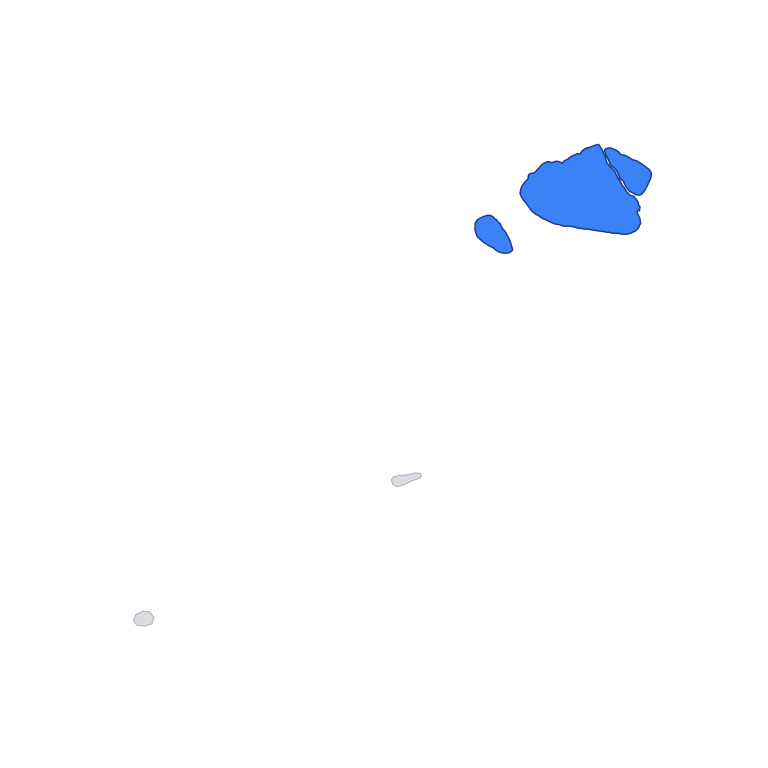 South Maalhosmadulu, Maldives (highlighted), rotated 57°
{"feature_id": "70690204B34947259557359", "entity_name": "South Maalhosmadulu", "entity_type": "district", "adm_level": 2, "iso_a3": "MDV", "parent_name": "Maldives", "parent_adm1": "", "projection": "natural_earth1", "projection_center": [72.971, 5.094], "detail": "fine", "context": "in_parent", "style": "filled", "palette": "blue", "viewbox_px": 768, "rotation_deg": 57, "n_neighbors": 0, "source": "geoboundaries", "source_scale": "gbopen_adm2", "svg_char_len": 5344}
<svg xmlns="http://www.w3.org/2000/svg" viewBox="0 0 768 768"><g transform="rotate(57 384 384)"><path d="M477.7,428.4L473.0,431.3L468.5,430.1L467.0,426.4L469.2,420.9L472.9,413.9L475.5,406.3L479.2,402.1L482.1,403.5L481.8,407.8L480.4,413.7L479.5,421.3L477.7,428.4ZM451.7,722.7L445.9,723.2L442.3,717.8L443.1,710.0L447.6,704.5L454.7,704.2L458.8,709.1L456.7,716.7L451.7,722.7Z" fill="#d9dde1" stroke="#a8b0b8" stroke-width="1"/><path d="M392.0,94.3L392.2,92.7L392.6,90.0L392.2,87.3L391.7,85.6L391.1,84.5L390.1,83.5L389.6,82.1L388.7,81.1L387.2,80.4L386.0,79.9L384.4,79.2L382.6,79.0L381.2,78.8L379.7,78.7L378.3,78.4L377.4,77.6L376.9,76.5L377.4,75.7L377.8,75.2L377.1,74.6L376.1,74.3L375.7,73.5L374.4,72.7L373.2,72.9L372.5,73.2L371.2,72.3L369.4,71.8L367.0,71.9L365.7,71.9L363.7,72.3L362.7,72.3L361.7,73.2L360.7,74.1L359.5,74.8L358.6,75.1L356.3,75.6L354.3,75.7L353.4,75.7L351.2,75.8L349.7,75.6L348.0,75.9L346.6,76.0L345.0,75.7L343.5,75.6L341.5,75.5L340.0,75.5L338.6,75.6L337.1,75.6L335.8,75.2L333.8,75.1L331.9,74.7L330.5,74.7L329.0,75.0L327.2,75.5L325.9,75.8L324.1,76.2L322.5,76.3L321.3,76.5L319.6,76.5L318.3,76.1L316.8,75.7L315.4,75.1L313.9,74.8L312.7,74.4L311.4,74.5L310.8,74.2L309.5,74.1L308.5,73.8L307.9,73.7L306.6,73.6L305.0,73.5L304.0,73.5L303.0,73.5L302.0,73.5L301.3,73.4L300.7,73.4L299.9,73.7L299.8,73.9L299.2,75.6L298.7,77.0L298.4,78.2L298.2,79.2L298.0,80.7L297.6,81.9L297.4,82.8L297.1,83.8L296.6,85.1L296.3,86.4L296.2,87.4L296.2,88.4L296.3,89.8L296.5,91.1L296.9,92.1L297.2,92.9L297.5,93.5L297.7,94.4L297.0,95.3L296.6,95.9L296.0,96.9L295.8,98.1L295.2,102.1L295.1,102.8L295.2,104.8L295.3,106.2L295.5,107.4L295.4,108.4L295.2,109.7L295.1,110.7L295.1,112.0L295.5,113.1L295.8,113.7L295.8,113.9L295.4,114.6L294.8,114.9L293.8,115.5L292.5,116.4L291.2,118.0L290.6,119.1L290.2,120.8L290.0,122.3L289.3,123.3L288.1,124.1L287.3,124.7L286.5,126.0L286.3,127.4L286.0,129.2L285.9,130.4L285.9,131.4L286.2,132.6L286.5,134.2L286.9,135.4L287.4,137.0L287.6,138.4L288.0,139.9L288.4,140.8L288.6,141.8L288.6,143.0L288.2,144.5L287.8,145.1L287.3,146.2L287.1,147.6L287.4,148.7L288.4,149.9L289.6,150.6L290.1,150.7L290.4,152.0L290.9,153.8L291.3,155.1L291.5,156.2L291.9,157.4L292.6,159.4L293.2,160.6L294.0,161.6L294.9,162.9L295.6,163.6L296.9,164.8L297.9,165.9L299.0,166.3L300.4,166.6L301.8,166.8L302.9,166.8L303.8,166.8L305.1,166.9L305.8,166.8L307.2,166.7L308.0,166.5L309.1,166.4L309.7,166.3L310.6,166.3L311.5,166.3L313.9,166.2L314.8,166.0L315.9,166.0L317.6,166.1L319.9,165.7L320.9,165.5L321.7,164.9L322.9,164.6L323.9,164.5L325.2,163.8L326.4,163.0L327.7,162.4L329.0,162.0L330.5,161.3L331.9,160.7L333.2,159.6L334.6,158.7L337.2,157.2L338.6,156.4L340.3,155.2L342.1,154.0L343.5,152.8L344.7,151.5L345.7,150.2L347.2,149.1L348.7,148.1L349.7,147.1L351.2,144.5L352.7,142.5L353.8,141.2L355.0,140.0L355.9,139.0L357.2,137.8L358.4,136.9L359.7,135.6L361.2,133.6L362.4,132.4L363.4,131.2L364.3,129.7L365.5,128.2L366.7,127.0L367.7,126.0L368.6,125.1L370.2,123.1L371.1,122.3L372.1,121.2L372.9,120.3L373.9,118.9L374.7,117.9L375.4,117.2L376.5,116.0L377.7,114.9L379.0,113.0L380.3,111.8L381.3,110.9L382.5,109.6L383.5,107.9L384.5,106.7L384.8,105.7L385.7,104.9L386.5,104.5L387.8,102.9L389.1,101.3L389.9,100.0L390.7,98.5L391.3,96.7L391.7,95.7L392.0,94.3ZM365.2,64.7L365.0,63.9L364.7,63.1L364.3,61.7L363.8,60.3L363.3,59.3L362.8,58.1L362.1,57.0L361.4,55.7L360.8,54.6L360.1,53.6L359.6,52.9L358.7,51.5L358.0,50.2L357.5,49.5L357.1,48.8L356.2,47.7L355.7,47.3L354.7,46.4L354.0,45.7L353.1,45.1L351.6,44.8L350.2,44.8L348.6,44.8L347.2,45.2L345.3,46.0L343.5,46.8L341.6,47.3L340.2,48.0L338.8,48.5L337.5,49.2L335.7,49.9L334.7,50.5L332.7,52.1L331.3,53.4L330.3,53.8L328.9,54.5L328.0,54.9L327.1,55.3L326.3,55.9L325.3,56.2L324.2,56.9L323.0,57.9L322.2,58.7L321.5,59.5L320.6,60.2L319.8,60.6L318.6,60.7L317.6,60.9L316.6,61.1L315.6,61.4L314.6,61.9L313.9,62.3L312.3,63.5L311.4,64.1L310.2,64.8L309.4,65.7L308.7,66.6L308.2,67.4L308.0,68.3L307.9,68.9L307.7,69.5L307.6,70.0L307.7,70.8L308.1,71.5L308.8,72.1L309.3,72.3L310.1,72.5L311.2,72.6L312.5,73.0L313.5,73.2L315.1,73.3L317.0,73.6L318.8,73.7L320.6,74.1L322.2,74.5L323.4,74.5L325.5,74.2L326.8,73.7L327.8,73.2L330.0,72.9L330.9,72.7L333.1,72.9L334.4,73.0L336.1,73.3L338.2,73.6L339.2,73.9L340.2,74.0L340.9,74.0L341.6,73.8L342.5,73.4L343.4,73.0L344.3,72.9L345.4,73.0L346.4,73.2L347.6,73.3L349.0,73.5L349.8,73.6L350.9,73.6L351.8,73.6L352.9,73.4L354.0,73.3L355.3,73.2L356.8,72.9L357.9,71.9L359.1,71.2L360.8,70.5L361.9,69.9L362.9,69.1L363.8,68.2L364.4,67.4L364.9,66.5L365.1,65.8L365.2,64.7ZM342.2,206.0L342.0,204.5L341.5,203.0L340.4,202.5L339.5,202.4L339.0,202.3L338.6,202.1L336.6,201.5L335.0,201.0L333.6,200.6L330.9,200.1L329.4,199.8L327.9,199.8L326.0,199.7L324.1,199.5L321.6,199.4L319.9,199.7L318.1,199.9L316.4,199.8L315.0,199.7L312.9,199.3L311.0,200.0L309.2,200.1L307.2,200.3L306.2,201.1L304.5,201.4L302.8,201.6L301.6,202.4L300.7,202.9L299.8,203.8L299.1,205.1L298.6,206.6L298.1,208.2L297.7,209.9L297.4,212.3L297.2,213.9L297.1,215.2L297.4,217.0L297.8,218.1L298.6,219.4L299.4,220.3L300.4,221.2L301.4,221.7L303.2,223.0L304.2,223.7L305.9,224.1L307.2,224.6L308.6,225.1L310.8,225.5L311.8,225.4L313.3,225.0L315.0,224.6L316.3,224.2L318.0,223.8L319.9,223.2L321.5,222.2L323.9,221.3L325.7,220.4L327.3,219.4L329.0,218.3L331.0,217.7L333.5,216.9L335.5,215.8L337.7,214.2L339.1,212.7L340.3,211.1L341.5,209.0L342.1,207.1L342.2,206.0Z" fill="#3b82f6" stroke="#1e3a8a" stroke-width="1.5"/></g></svg>